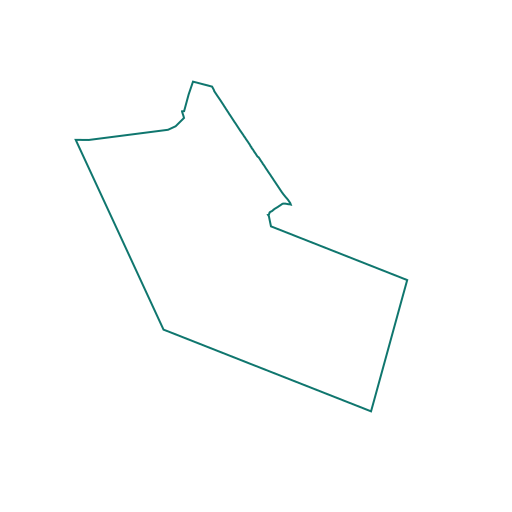 the district of Enkhuizen, Noord-Holland, Netherlands, rotated 149°
{"feature_id": "6326949B87698355372902", "entity_name": "Enkhuizen", "entity_type": "district", "adm_level": 2, "iso_a3": "NLD", "parent_name": "Netherlands", "parent_adm1": "Noord-Holland", "projection": "orthographic", "projection_center": [5.262, 52.758], "detail": "fine", "context": "isolated", "style": "outline", "palette": "teal", "viewbox_px": 512, "rotation_deg": 149, "n_neighbors": 0, "source": "geoboundaries", "source_scale": "gbopen_adm2", "svg_char_len": 4676}
<svg xmlns="http://www.w3.org/2000/svg" viewBox="0 0 512 512"><g transform="rotate(149 256 256)"><path d="M373.2,240.5L371.7,238.6L317.4,167.8L306.1,153.1L237.4,63.6L229.8,70.8L150.7,146.2L143.1,153.4L138.8,157.5L227.9,273.7L225.1,281.7L224.4,283.6L224.5,284.2L224.5,284.9L224.3,284.8L224.3,284.7L224.2,284.7L223.9,284.7L223.8,284.8L223.7,284.8L223.4,285.0L223.2,285.2L223.0,285.4L222.8,285.5L222.7,285.6L222.5,285.8L222.3,285.9L222.2,286.1L221.9,286.3L221.7,286.4L221.3,286.4L221.2,286.4L220.9,286.4L220.7,286.4L220.4,286.4L220.2,286.4L219.9,286.3L219.7,286.3L219.3,286.3L219.2,286.3L218.9,286.3L218.7,286.3L218.4,286.4L218.2,286.4L218.0,286.5L217.7,286.5L217.3,286.6L217.0,286.6L216.9,286.7L216.5,286.7L216.4,286.7L216.0,286.8L215.8,286.8L215.6,286.8L215.3,286.8L215.0,286.8L214.4,286.8L214.0,286.8L213.7,286.8L213.3,286.8L212.9,286.8L212.4,286.8L212.2,286.8L211.7,286.8L211.0,286.9L210.7,286.9L210.3,286.9L210.0,286.9L209.6,286.9L209.4,286.9L209.0,287.0L208.6,287.0L208.2,287.0L207.7,287.0L207.2,287.1L206.9,287.1L206.7,287.1L206.4,287.1L206.1,287.0L205.8,286.9L205.7,286.9L205.5,286.7L205.3,286.6L205.0,286.5L204.9,286.4L204.6,286.2L204.4,286.1L204.2,286.0L204.2,285.9L203.7,285.6L203.3,285.2L203.0,285.0L202.6,284.7L202.3,284.3L202.1,284.2L201.8,283.9L201.6,283.8L201.5,283.7L201.3,283.5L201.1,283.4L200.9,283.2L200.6,283.1L200.3,282.8L200.2,282.7L199.9,282.5L199.8,282.3L199.7,282.2L199.4,283.7L199.4,283.8L199.4,284.4L199.5,284.9L199.5,285.2L199.5,285.6L199.6,286.9L199.6,287.3L199.6,287.7L199.7,288.0L199.8,288.7L199.8,289.0L199.9,289.6L200.0,290.0L200.1,290.5L200.2,291.1L200.3,291.7L200.4,292.4L200.4,292.7L200.5,293.0L200.5,293.3L200.6,293.9L200.7,294.5L200.8,295.3L200.8,295.9L200.9,296.5L201.0,297.1L201.0,298.1L201.0,298.6L201.1,299.1L201.1,299.6L201.1,300.2L201.1,300.7L201.2,301.5L201.2,302.1L201.2,303.0L201.3,303.6L201.3,304.2L201.3,304.8L201.3,305.0L201.4,305.9L201.4,306.8L201.5,307.8L201.5,308.6L201.5,309.3L201.6,309.9L201.6,310.6L201.7,311.9L201.7,312.5L201.7,313.1L201.7,313.8L201.8,314.6L201.8,315.5L201.9,316.2L201.9,317.4L201.9,317.8L201.9,318.1L202.0,318.7L202.0,319.1L202.0,319.7L202.1,320.4L202.1,320.9L202.1,321.4L202.2,321.8L202.2,322.2L202.2,322.7L202.2,323.2L202.2,323.8L202.2,324.0L202.3,324.3L202.3,324.6L202.4,326.7L202.4,327.1L202.4,328.4L202.5,330.1L202.6,330.8L202.7,331.6L202.6,332.4L202.7,334.1L202.8,335.1L202.8,336.4L202.8,336.8L202.9,339.2L203.0,339.4L203.1,339.6L203.4,340.2L203.5,340.5L203.6,342.2L203.6,343.7L203.7,345.0L203.7,345.3L203.8,345.4L203.8,345.6L203.8,345.8L203.8,346.0L203.8,346.3L203.8,346.5L203.8,346.8L203.8,347.0L203.8,347.3L203.8,347.5L203.8,347.8L203.8,348.0L203.8,348.4L203.8,348.7L203.8,348.8L203.8,349.0L203.9,349.4L203.9,349.5L204.0,349.8L204.0,350.0L204.1,350.3L204.1,350.5L204.1,350.8L204.0,351.1L204.0,351.3L203.9,351.4L203.9,351.5L203.9,351.8L204.0,352.0L204.0,352.4L204.1,352.6L204.1,352.8L204.1,353.0L204.1,353.3L204.0,353.6L204.0,353.9L204.0,354.0L204.0,354.3L204.0,354.5L204.0,354.8L204.0,355.0L204.0,355.4L204.0,355.7L204.1,355.9L204.1,356.1L204.1,356.3L204.1,356.5L204.1,356.9L204.1,357.1L204.1,357.4L204.1,357.6L204.2,358.4L204.2,358.6L204.2,359.2L204.3,359.7L204.3,359.9L204.3,360.1L204.3,360.5L204.3,360.8L204.4,361.0L204.4,361.3L204.4,361.6L204.4,361.8L204.4,362.0L204.4,362.3L204.4,362.5L204.4,362.8L204.4,363.0L204.4,363.4L204.5,363.6L204.5,363.9L204.5,364.1L204.5,364.3L204.6,364.5L204.6,364.9L204.6,365.3L204.6,365.5L204.6,365.9L204.6,366.1L204.6,366.3L204.6,366.5L204.6,366.9L204.6,367.1L204.7,367.4L204.7,367.7L204.7,367.9L204.7,368.1L204.7,368.3L204.7,368.5L204.8,368.7L204.8,368.9L204.8,369.2L204.8,369.4L204.8,369.6L204.8,369.8L204.8,370.0L204.9,370.3L204.9,370.5L204.9,370.9L204.9,371.1L204.9,371.4L205.0,371.6L205.0,371.9L205.0,372.0L205.0,372.7L205.3,380.8L205.4,381.6L205.7,390.3L205.7,390.6L205.8,390.8L205.8,391.0L205.8,391.3L205.8,391.5L205.8,391.8L205.8,392.0L205.8,392.4L205.8,392.5L205.8,393.0L205.8,393.4L205.8,393.6L205.8,393.9L205.9,394.2L205.9,394.4L205.9,394.5L205.9,394.9L205.9,395.0L205.9,395.3L205.9,395.6L205.9,396.4L205.9,396.5L206.0,396.8L206.0,397.0L206.0,397.3L206.0,397.7L206.0,397.9L206.0,398.3L206.0,398.6L206.0,398.8L206.0,399.0L206.0,399.3L206.0,399.5L206.0,399.8L206.1,400.1L206.1,401.3L206.1,401.7L206.1,402.4L206.2,404.5L206.3,407.4L206.3,407.6L206.7,414.2L206.7,414.5L206.9,418.9L206.7,419.3L206.6,420.1L206.6,420.4L206.5,421.4L206.5,421.6L206.5,421.8L206.5,422.0L206.4,423.8L220.2,437.9L230.6,429.1L243.0,417.2L244.9,418.1L245.0,417.9L245.3,416.6L245.5,415.9L246.0,413.6L246.4,412.2L246.6,411.4L258.1,408.6L266.4,409.5L339.6,441.6L347.1,446.2L350.7,448.4L351.0,445.8L362.2,341.8L373.2,240.5Z" fill="none" stroke="#0f766e" stroke-width="2"/></g></svg>